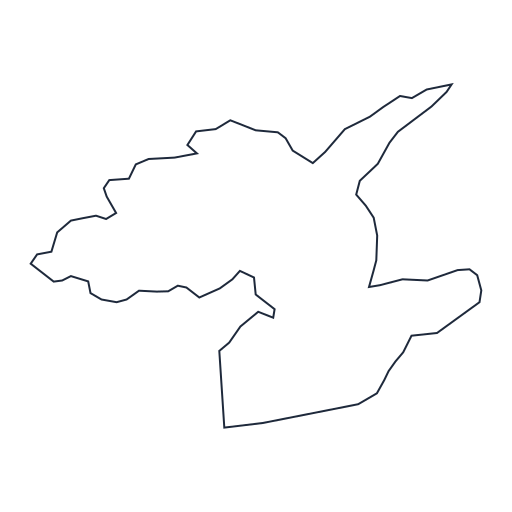 outline of Poço Dantas, Rio Grande do Norte, Brazil
{"feature_id": "56859067B46276558587081", "entity_name": "Poço Dantas", "entity_type": "district", "adm_level": 2, "iso_a3": "BRA", "parent_name": "Brazil", "parent_adm1": "Rio Grande do Norte", "projection": "albers", "projection_center": [-38.522, -6.388], "detail": "fine", "context": "isolated", "style": "outline", "palette": "slate", "viewbox_px": 512, "rotation_deg": 0, "n_neighbors": 0, "source": "geoboundaries", "source_scale": "gbopen_adm2", "svg_char_len": 1202}
<svg xmlns="http://www.w3.org/2000/svg" viewBox="0 0 512 512"><path d="M219.3,350.9L224.3,427.6L262.7,423.0L358.2,404.2L376.9,393.3L384.2,380.2L388.6,371.1L395.5,361.4L403.2,352.3L411.5,335.7L437.0,333.0L479.5,302.2L481.3,290.4L477.2,275.2L469.5,269.3L457.6,270.1L427.6,280.5L402.5,279.3L379.9,285.2L369.0,287.0L373.5,270.9L376.3,260.3L377.2,235.6L373.7,217.7L365.8,205.7L356.2,194.6L359.8,180.8L377.8,163.8L389.5,142.7L397.9,131.8L431.5,106.5L446.6,91.9L451.6,84.4L426.7,89.5L411.9,98.1L400.0,96.0L383.1,107.1L369.9,116.7L344.9,129.1L325.1,152.0L312.8,163.1L292.7,150.6L285.6,138.2L277.8,132.3L255.7,130.3L230.3,120.3L215.7,129.1L196.1,131.4L187.4,145.0L196.9,153.4L174.6,157.6L148.6,159.0L135.8,164.4L128.9,178.7L109.3,180.1L103.8,188.2L106.7,196.6L116.1,213.0L106.1,219.0L96.0,215.7L82.8,218.2L70.9,220.6L57.2,232.4L51.4,251.7L37.1,254.4L30.7,263.7L53.7,281.6L62.2,280.5L70.9,276.1L88.2,281.4L90.5,293.1L101.5,299.5L116.6,302.2L126.6,299.5L139.0,290.7L156.7,291.6L168.2,291.3L177.8,285.7L186.4,287.5L199.3,297.5L219.8,288.4L232.4,279.3L239.9,270.9L254.0,277.5L255.7,294.5L274.6,309.2L273.2,317.7L258.2,311.8L240.4,326.5L229.2,342.6L219.3,350.9Z" fill="none" stroke="#1e293b" stroke-width="2"/></svg>